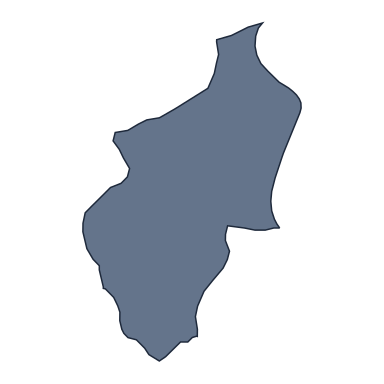 Sinyang, P'yŏngan-namdo, North Korea
{"feature_id": "82179303B23592668869801", "entity_name": "Sinyang", "entity_type": "district", "adm_level": 2, "iso_a3": "PRK", "parent_name": "North Korea", "parent_adm1": "P'yŏngan-namdo", "projection": "robinson", "projection_center": [126.57, 39.355], "detail": "fine", "context": "isolated", "style": "filled", "palette": "slate", "viewbox_px": 384, "rotation_deg": 0, "n_neighbors": 0, "source": "geoboundaries", "source_scale": "gbopen_adm2", "svg_char_len": 1255}
<svg xmlns="http://www.w3.org/2000/svg" viewBox="0 0 384 384"><path d="M187.8,342.0L192.3,337.5L196.6,336.2L197.3,336.4L197.4,329.3L195.4,316.6L197.6,306.1L204.0,291.3L212.5,280.7L223.1,268.1L227.3,259.6L229.5,251.2L225.4,240.6L225.5,234.3L227.6,225.8L244.4,228.0L254.9,230.1L265.3,230.1L273.8,228.0L279.8,228.0L279.7,228.0L276.9,224.0L274.4,219.2L271.7,210.9L270.8,201.3L271.7,191.3L275.1,178.0L282.0,157.2L283.5,152.9L299.9,112.7L301.1,108.1L300.9,102.9L299.3,99.0L296.5,95.0L292.7,91.3L288.6,88.0L279.1,82.2L267.9,71.2L260.9,63.6L256.8,55.1L255.0,46.1L255.7,36.1L258.4,28.0L262.5,23.0L248.2,27.1L231.4,35.5L216.7,39.7L216.6,41.8L218.6,54.5L216.5,63.0L214.3,73.5L207.9,88.3L176.9,107.7L174.1,109.4L159.4,117.8L146.8,119.9L138.4,124.1L127.8,130.4L115.2,132.5L113.1,140.9L119.3,149.4L123.4,157.9L129.6,168.5L127.4,176.9L121.1,183.3L110.5,187.5L102.1,195.9L91.5,206.4L85.2,212.8L83.0,223.3L82.9,231.8L84.9,240.3L86.9,248.7L93.1,259.3L99.3,265.7L99.3,269.9L101.3,278.4L103.3,286.8L103.3,288.4L105.4,288.9L109.6,293.2L113.7,297.4L117.8,305.9L119.9,312.2L119.8,320.7L121.8,329.2L123.9,333.4L128.0,337.6L136.4,339.8L144.7,348.2L148.9,354.6L159.3,361.0L165.6,356.7L172.0,350.4L180.5,342.0L187.8,342.0Z" fill="#64748b" stroke="#1e293b" stroke-width="1.5"/></svg>